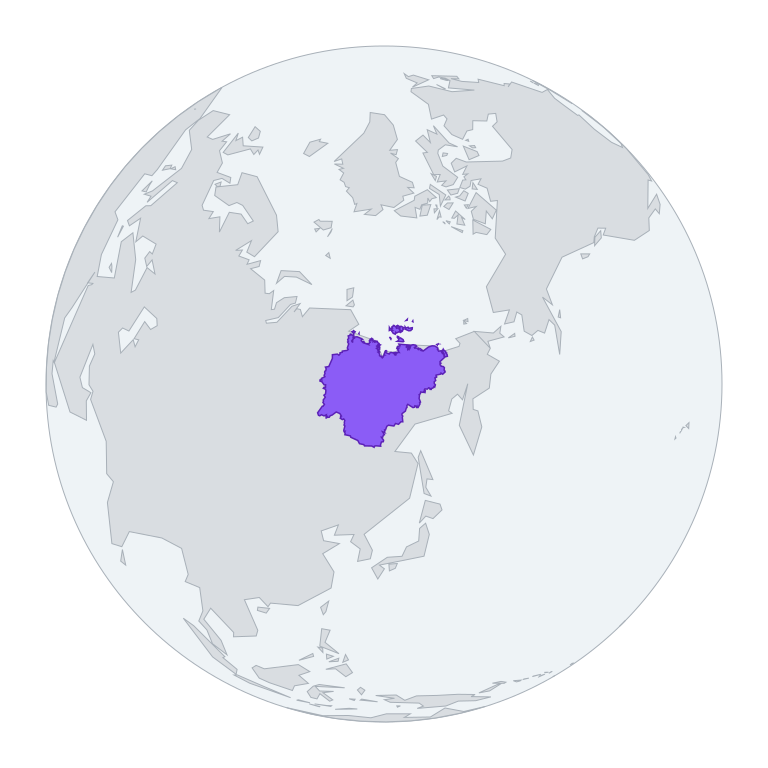 the Earth from above Sakha (Yakutia)
{"feature_id": "RUS-2612", "entity_name": "Sakha (Yakutia)", "entity_type": "Autonomous Province", "adm_level": 1, "iso_a3": "RUS", "parent_name": "Russia", "parent_adm1": "", "projection": "orthographic", "projection_center": [131.922, 66.295], "detail": "fine", "context": "on_globe", "style": "filled", "palette": "violet", "viewbox_px": 768, "rotation_deg": 0, "n_neighbors": 0, "source": "natural_earth", "source_scale": "10m", "svg_char_len": 18314}
<svg xmlns="http://www.w3.org/2000/svg" viewBox="0 0 768 768"><circle cx="384" cy="384" r="338" fill="#eef3f6" stroke="#a8b0b8"/><path d="M625.3,620.6L625.6,620.2L625.5,620.4L625.3,620.6ZM626.4,148.6L648.2,174.6L651.6,181.0L648.1,180.0L647.8,208.4L656.6,194.2L660.1,204.4L659.3,213.7L655.3,208.9L648.8,217.9L649.3,230.5L634.4,240.3L603.2,235.0L605.7,228.2L597.9,228.1L594.3,236.8L593.8,242.6L562.0,257.2L546.4,289.0L552.4,304.8L542.5,297.1L561.2,331.6L559.7,354.5L554.7,325.1L549.0,319.6L544.6,333.1L537.9,330.4L531.9,335.5L524.2,331.2L521.8,314.9L516.8,312.0L514.0,321.8L504.5,324.0L509.4,309.9L493.3,312.5L486.4,286.7L505.6,254.2L495.2,238.1L497.4,200.5L490.6,201.3L487.1,188.2L478.0,184.3L481.0,178.8L471.1,180.5L470.0,186.3L465.3,189.1L459.8,187.5L462.7,180.1L465.9,179.8L463.9,176.8L467.7,173.9L462.7,174.4L466.9,165.9L454.7,171.9L451.2,163.2L456.2,158.3L466.2,162.0L502.5,161.1L510.7,158.0L512.1,149.5L492.5,126.3L497.1,121.8L495.7,113.4L488.3,114.1L486.8,121.0L472.8,120.7L472.7,129.6L466.9,131.0L462.6,139.3L451.9,134.6L444.0,125.8L447.0,118.9L443.6,115.0L431.5,119.1L428.4,104.3L411.0,91.7L411.4,88.5L428.8,86.0L452.0,91.7L474.4,90.1L448.4,87.9L450.0,80.6L445.4,78.2L438.7,77.0L433.6,78.6L431.8,75.7L456.8,76.3L458.9,78.9L450.9,78.6L461.8,81.4L478.7,82.5L478.1,79.2L504.2,85.7L504.1,83.5L509.8,84.0L508.1,86.9L511.6,82.0L542.1,92.4L547.4,89.5L554.6,98.3L564.7,105.9L577.7,115.4L578.9,114.9L594.3,129.2L611.5,142.3L622.5,147.5L621.0,143.5L603.4,127.1L595.9,121.3L581.7,110.4L589.7,115.9L608.7,131.6L626.4,148.6ZM688.7,428.5L685.9,425.6L689.0,422.6L688.7,428.5ZM683.1,427.1L684.3,427.4L683.1,427.8L683.1,427.1ZM681.5,429.6L682.7,427.8L681.6,430.3L681.5,429.6ZM679.7,433.4L680.6,431.2L680.6,431.6L679.7,433.4ZM540.2,84.3L544.1,86.5L557.1,94.2L572.2,103.7L551.2,90.8L532.2,80.3L540.2,84.3ZM676.0,438.1L674.9,439.1L675.5,436.6L676.0,438.1ZM533.9,83.0L538.9,85.8L533.7,83.0L533.9,83.0ZM594.6,245.7L594.9,237.3L600.7,230.7L601.3,237.9L594.6,245.7ZM582.6,258.9L580.8,253.9L589.7,253.9L588.0,256.7L582.6,258.9ZM558.2,317.0L559.7,309.6L560.6,317.8L558.2,317.0ZM532.4,337.0L534.1,340.1L530.3,341.5L532.4,337.0ZM468.7,141.3L465.7,140.3L468.1,139.2L468.7,141.3ZM469.6,145.9L474.5,145.5L475.7,147.7L472.6,147.9L469.6,145.9ZM515.0,336.3L508.3,337.9L514.7,333.4L515.0,336.3ZM463.3,146.1L477.1,151.6L479.0,155.5L469.1,159.7L463.3,146.1ZM504.1,336.9L487.9,341.3L490.3,348.3L474.3,331.4L493.4,333.0L500.9,326.3L499.8,333.2L504.1,336.9ZM472.1,188.9L472.9,182.6L477.3,189.4L472.1,188.9ZM476.1,192.6L496.3,210.1L492.3,218.8L486.3,211.0L485.3,223.8L473.4,219.3L471.3,211.3L476.2,206.5L467.9,208.5L476.1,192.6ZM468.0,321.6L463.7,320.4L467.7,318.5L468.0,321.6ZM463.8,190.7L468.2,193.4L465.1,201.0L455.6,197.1L459.7,195.9L463.8,190.7ZM490.8,229.4L486.8,234.6L476.1,232.4L473.1,234.2L472.8,220.0L490.8,229.4ZM457.6,193.3L450.9,195.0L447.4,190.0L459.3,188.7L457.6,193.3ZM468.3,204.7L466.3,208.2L464.3,205.0L468.3,204.7ZM431.1,173.7L436.5,176.4L435.3,180.6L431.1,173.7ZM448.7,196.0L449.9,197.7L450.1,199.8L445.0,199.9L448.7,196.0ZM465.2,219.5L461.6,217.6L464.8,225.2L456.9,224.0L458.1,214.9L454.3,218.3L451.8,218.0L455.6,211.0L465.2,219.5ZM440.4,206.1L439.2,194.5L429.5,188.4L430.3,184.4L445.8,195.0L440.4,206.1ZM449.0,209.5L443.8,206.5L447.4,203.0L453.1,202.9L449.0,209.5ZM451.1,226.6L462.9,230.7L462.2,232.6L451.1,226.6ZM436.8,205.0L437.2,207.9L435.7,205.0L436.8,205.0ZM445.9,220.7L450.2,221.8L449.3,223.9L445.9,220.7ZM434.4,212.8L434.0,208.9L437.9,208.7L434.4,212.8ZM439.1,216.9L436.9,219.6L439.5,210.9L441.1,217.1L439.1,216.9ZM444.4,222.5L445.3,224.1L442.7,221.7L444.4,222.5ZM419.9,216.1L422.3,205.2L430.8,204.6L427.3,215.2L419.9,216.1ZM219.1,89.0L222.0,87.5L200.0,118.5L185.6,129.8L157.2,169.7L151.9,175.7L144.7,173.8L115.0,211.8L117.9,219.8L101.4,254.5L97.2,276.5L114.3,278.0L121.3,241.7L132.9,232.8L135.7,259.5L131.1,292.4L135.4,290.1L147.1,267.6L155.0,274.0L152.1,259.9L146.7,266.5L144.8,258.1L149.7,251.6L152.3,254.0L156.1,244.1L142.8,236.0L135.8,241.8L140.6,218.2L129.4,225.8L127.5,220.5L145.8,205.8L150.8,205.7L177.3,182.7L172.4,180.6L147.1,202.3L151.0,196.2L144.3,194.2L152.5,190.9L181.5,168.4L191.7,149.5L189.3,130.3L198.5,120.2L213.2,110.6L229.6,114.7L207.2,137.0L212.7,139.4L230.5,133.8L222.1,141.2L226.6,141.8L219.5,150.7L222.4,163.0L217.1,172.4L230.8,177.5L229.9,183.2L222.0,178.4L213.7,180.5L202.1,205.3L203.5,210.2L213.3,211.6L208.9,218.6L219.9,216.8L219.4,232.1L229.3,212.3L241.1,214.1L247.7,223.7L253.3,221.0L242.7,205.4L236.9,202.5L229.0,205.6L214.7,195.5L216.0,187.0L237.7,184.7L242.0,172.7L257.1,176.7L276.5,215.2L278.1,231.7L254.5,256.7L246.8,252.1L251.5,240.6L235.6,250.4L242.4,250.0L238.8,256.0L249.1,259.8L247.0,264.3L260.6,260.6L259.1,266.5L250.6,268.7L264.7,280.1L265.1,293.2L269.3,293.7L273.7,290.5L271.3,309.6L274.5,309.2L276.5,302.7L284.3,297.7L297.0,296.5L295.4,303.1L290.6,304.4L278.3,317.6L265.7,320.5L266.4,323.2L276.9,322.3L292.0,306.2L300.1,303.6L294.0,312.0L296.8,308.7L300.4,309.5L302.4,316.7L309.6,308.0L350.7,309.7L358.8,324.3L348.7,331.2L375.8,340.9L382.8,357.5L384.6,351.4L398.8,352.5L396.8,347.2L398.8,344.4L434.4,346.0L441.6,351.8L459.0,346.4L460.0,343.4L455.7,338.7L474.3,331.4L490.3,348.3L487.3,354.3L499.4,361.2L490.9,374.0L489.3,388.1L472.9,398.8L473.2,409.4L477.9,410.9L481.8,426.9L473.4,455.0L459.3,425.3L467.8,383.7L462.5,399.8L457.5,394.2L451.8,399.0L448.6,410.8L452.1,413.3L415.0,424.1L394.9,451.5L411.4,453.1L418.0,463.5L409.6,498.2L364.1,534.3L372.4,550.2L370.3,558.8L357.6,561.4L360.2,548.9L350.6,541.7L354.0,534.5L334.4,535.2L338.4,524.9L321.2,530.9L323.6,540.7L339.4,543.6L322.7,553.7L334.0,571.9L331.1,588.0L298.0,605.6L270.5,603.1L268.0,606.7L259.3,597.5L244.4,599.7L257.8,630.3L256.2,636.0L233.5,636.8L233.7,632.5L210.7,608.2L203.8,619.2L221.1,640.4L227.0,654.8L212.5,643.7L206.9,629.9L198.8,621.0L202.9,610.9L199.7,587.6L185.2,581.6L188.2,574.4L181.6,548.4L161.9,538.0L129.3,531.6L121.8,546.7L111.9,543.6L107.4,502.5L113.4,481.7L106.7,473.7L106.2,441.3L90.6,399.4L93.0,391.3L89.0,384.8L89.4,366.1L94.8,353.9L92.9,344.4L79.9,377.2L82.4,387.6L90.9,392.7L86.3,400.9L86.5,420.3L70.0,412.0L54.4,362.5L60.5,348.6L88.2,285.5L91.6,284.7L92.1,284.3L92.9,283.4L87.6,282.8L94.9,272.1L71.9,307.8L64.7,317.9L54.0,362.2L53.2,360.6L52.0,373.7L57.7,404.0L56.1,407.1L48.7,405.3L46.2,392.0L46.5,367.6L48.5,343.3L52.4,319.1L57.9,295.3L65.2,272.0L74.1,249.2L84.7,227.2L96.8,206.0L110.4,185.7L125.4,166.4L141.8,148.3L159.5,131.4L178.3,115.9L198.2,101.7L219.1,89.0ZM196.1,109.0L194.0,109.2L196.1,109.0ZM118.4,332.2L120.7,353.1L133.2,339.7L135.1,346.8L138.7,339.8L134.1,338.7L144.7,321.6L150.6,329.5L157.2,325.7L156.8,318.5L144.3,306.9L128.9,331.0L122.6,328.0L118.4,332.2ZM539.2,84.6L535.4,82.6L537.3,83.3L539.2,84.6ZM530.1,81.0L531.8,81.8L533.2,82.9L530.1,81.0ZM448.5,80.6L446.4,80.4L440.1,78.6L444.0,78.4L448.5,80.6ZM406.3,78.3L404.2,73.6L408.4,76.6L413.4,75.1L428.6,79.8L412.4,87.2L417.1,82.9L406.3,78.3ZM444.3,88.7L436.5,84.5L445.6,88.9L444.3,88.7ZM258.5,138.0L251.8,140.9L248.3,137.5L255.1,126.7L260.3,131.3L258.5,138.0ZM243.2,145.8L262.9,147.1L259.5,154.3L258.0,150.0L253.8,154.5L250.4,148.9L227.8,154.9L223.2,152.4L238.3,133.1L235.9,140.6L242.6,137.2L243.2,145.8ZM319.3,141.6L327.8,143.3L309.4,156.5L303.6,153.5L309.9,142.2L320.6,139.2L319.3,141.6ZM443.1,152.9L447.6,153.5L446.8,155.4L442.3,156.5L443.1,152.9ZM433.7,174.6L422.9,153.0L427.4,152.4L415.6,141.0L423.0,135.1L430.4,142.6L427.2,129.7L436.9,134.1L433.4,125.7L449.1,143.0L457.6,146.8L445.3,144.8L438.3,150.0L437.8,153.4L442.8,166.1L457.7,177.3L453.2,184.6L446.0,186.9L441.7,185.3L446.0,180.9L437.2,182.0L440.2,174.5L433.7,174.6ZM364.4,214.4L371.2,209.1L354.0,211.8L356.9,203.5L354.7,204.4L352.7,197.7L346.4,191.1L349.3,187.7L345.6,186.6L344.1,182.3L340.1,179.8L343.7,173.0L339.0,169.4L343.5,168.3L334.4,164.0L342.8,164.2L341.7,158.9L334.1,161.5L363.8,133.2L369.8,121.9L370.2,112.5L384.5,114.7L393.3,125.1L397.4,139.5L389.7,150.3L397.5,149.6L396.1,154.7L390.5,153.1L398.4,158.6L395.7,162.4L399.4,176.4L412.4,182.3L414.1,187.8L407.7,187.4L413.8,193.1L402.8,196.2L403.8,200.2L393.9,207.5L381.0,204.8L383.0,209.6L375.6,215.6L364.4,214.4ZM416.8,217.9L400.7,216.0L394.3,210.7L414.2,200.3L414.8,196.2L427.4,189.7L436.3,197.6L431.9,198.7L429.7,201.6L427.8,198.0L427.7,203.1L421.6,204.8L419.9,209.3L415.1,207.4L416.8,217.9ZM152.3,180.8L149.4,185.2L146.2,191.9L142.0,190.9L152.3,180.8ZM171.8,165.1L170.1,168.7L162.5,170.2L165.5,165.8L171.8,165.1ZM175.7,169.7L170.6,168.8L175.1,166.7L175.7,169.7ZM221.1,182.0L220.1,186.1L217.4,186.6L215.0,184.3L221.1,182.0ZM314.0,222.1L318.9,219.5L320.2,221.2L332.2,221.3L331.1,227.7L323.3,230.0L314.0,222.1ZM111.7,272.6L109.1,267.3L111.5,263.4L111.9,266.0L111.7,272.6ZM123.4,226.2L117.6,237.2L122.3,225.8L123.4,226.2ZM314.7,229.0L319.8,228.3L316.1,231.9L314.7,229.0ZM330.8,232.3L327.5,236.8L332.3,228.5L330.8,232.3ZM309.3,703.9L319.7,706.5L319.4,706.8L309.3,703.9ZM298.4,699.8L310.0,702.8L296.6,700.2L298.4,699.8ZM314.6,703.9L326.5,705.5L331.6,705.7L330.8,706.4L314.6,703.9ZM290.6,697.7L249.7,683.2L234.0,675.0L237.3,674.9L262.8,686.0L290.6,697.7ZM236.1,674.3L212.6,656.9L183.3,618.2L193.7,625.7L224.9,656.7L222.9,657.6L237.1,669.4L236.1,674.3ZM294.5,685.8L292.4,690.5L269.4,682.7L259.2,678.1L252.1,667.9L256.1,665.4L264.3,668.8L298.4,664.6L309.8,671.6L298.9,675.3L308.4,683.4L294.5,685.8ZM122.4,549.5L125.7,565.1L120.7,561.1L122.4,549.5ZM313.6,656.4L298.9,660.3L312.8,653.5L313.6,656.4ZM322.7,648.1L322.9,652.5L317.9,647.1L322.7,648.1ZM266.2,613.1L257.4,610.4L257.9,607.1L269.6,608.4L266.2,613.1ZM328.7,601.1L325.9,611.6L323.3,614.7L320.6,607.3L328.7,601.1ZM311.9,284.6L296.4,277.1L284.5,276.4L276.5,283.3L281.1,270.6L299.5,271.6L311.9,284.6ZM346.0,305.8L352.9,300.1L354.4,304.9L353.1,306.9L346.0,305.8ZM347.0,300.7L347.0,289.4L353.8,287.8L352.5,297.0L347.0,300.7ZM330.2,258.3L325.7,255.5L328.8,252.6L330.2,258.3ZM286.8,707.6L286.5,707.6L322.9,715.7L348.4,715.5L370.9,717.8L386.5,713.8L410.4,713.8L404.4,717.4L430.4,717.0L445.0,708.0L463.8,711.5L484.7,706.6L485.0,706.5L460.7,713.1L436.0,717.9L411.1,720.8L386.0,721.9L360.8,721.1L335.8,718.5L311.1,714.0L286.8,707.6ZM553.4,676.4L552.7,676.8L554.9,675.5L553.4,676.4ZM621.6,624.3L619.5,626.3L625.6,620.2L625.3,620.6L621.6,624.3ZM571.8,664.1L574.1,662.8L572.5,663.9L571.8,664.1ZM570.0,665.1L572.1,663.3L572.2,663.8L570.0,665.1ZM548.8,673.3L551.1,671.7L552.3,671.4L548.8,673.3ZM335.1,709.3L349.2,708.3L357.3,709.0L335.1,709.3ZM545.0,674.1L539.0,676.8L539.5,676.0L545.0,674.1ZM545.2,672.7L544.4,672.3L548.5,672.2L545.2,672.7ZM533.2,676.1L540.9,674.3L532.4,676.6L533.2,676.1ZM528.9,678.1L523.5,679.4L523.8,679.0L528.9,678.1ZM471.1,696.6L490.9,696.9L475.6,700.7L458.3,701.1L445.9,706.0L417.2,708.4L423.4,706.1L419.2,703.1L390.2,702.3L384.4,699.7L394.5,698.3L375.7,695.5L396.2,695.0L404.8,700.3L416.5,695.9L437.3,695.4L457.9,694.3L475.1,694.5L471.1,696.6ZM396.8,705.9L400.4,705.9L397.4,707.2L396.8,705.9ZM513.3,680.7L521.1,680.1L520.2,680.9L516.5,681.9L513.3,680.7ZM478.9,692.9L497.1,684.6L501.5,683.4L489.6,690.9L478.9,692.9ZM492.4,683.2L501.1,681.4L505.9,682.2L504.2,683.3L492.4,683.2ZM355.1,699.2L354.3,700.5L349.1,698.8L355.1,699.2ZM361.7,699.1L377.6,701.8L360.3,700.1L361.7,699.1ZM315.3,686.4L319.6,691.0L333.6,691.4L323.0,692.7L332.8,699.9L329.7,701.2L319.9,693.7L317.0,698.9L310.9,697.4L307.2,691.6L313.2,686.2L319.3,684.5L344.7,687.8L315.3,686.4ZM361.5,694.8L357.4,690.0L360.5,687.3L364.9,690.2L361.5,694.8ZM345.8,676.7L335.6,668.8L325.8,669.3L346.2,663.9L352.5,672.6L345.8,676.7ZM338.1,661.3L328.8,661.8L338.8,658.2L338.1,661.3ZM326.8,659.1L326.4,654.1L333.3,656.3L326.8,659.1ZM342.8,662.3L345.5,654.5L348.5,659.9L342.8,662.3ZM325.0,642.3L339.0,653.7L319.8,646.1L321.7,628.7L330.1,630.2L325.0,642.3ZM389.4,570.9L388.9,564.2L397.3,563.5L395.3,568.3L389.4,570.9ZM424.0,556.2L399.3,561.2L379.4,565.1L384.4,568.8L377.8,579.0L371.6,567.8L387.3,557.3L402.0,556.3L406.5,546.9L418.7,541.0L419.6,528.4L425.6,523.2L429.3,534.4L424.0,556.2ZM419.3,523.1L425.3,500.4L440.0,504.1L442.0,509.9L433.0,518.6L425.8,516.1L419.3,523.1ZM431.0,496.1L424.1,493.5L418.2,457.3L420.7,450.7L432.9,479.6L427.0,478.9L425.8,487.3L431.0,496.1ZM463.8,324.1L463.7,320.7L466.6,323.6L463.8,324.1ZM397.4,341.5L400.5,338.2L403.8,341.5L397.4,341.5ZM411.1,330.8L405.2,329.4L412.0,328.1L411.1,330.8ZM392.0,327.0L403.2,327.6L391.6,331.0L392.0,327.0Z" fill="#d9dde1" stroke="#a8b0b8" stroke-width="1"/><path d="M350.9,334.0L352.3,335.4L353.3,335.2L353.5,334.0L353.8,334.7L353.8,336.5L353.0,337.2L353.4,338.0L353.0,339.3L351.8,340.7L351.8,341.3L352.0,341.7L353.1,342.4L351.9,340.7L352.8,340.1L353.3,338.5L354.3,338.2L353.6,337.1L357.1,336.8L361.8,338.7L362.5,339.4L361.6,339.3L361.2,340.7L363.1,342.7L368.1,344.4L367.4,343.6L369.2,343.6L369.5,342.5L370.0,342.4L369.4,341.1L369.8,341.0L369.6,340.3L370.2,339.4L370.9,340.0L370.8,339.2L372.8,339.8L372.8,340.7L373.5,340.9L373.3,341.6L374.6,340.9L374.7,341.4L374.3,341.9L374.7,341.7L374.9,342.8L375.0,341.9L375.6,341.7L375.5,341.1L377.4,341.6L377.3,342.3L379.0,343.4L378.6,344.0L379.8,344.6L377.7,344.9L377.4,345.6L379.5,346.2L379.2,346.5L378.0,346.0L376.9,346.3L378.1,347.4L379.3,347.6L379.8,349.0L378.6,349.9L376.4,347.6L376.7,348.2L376.5,348.3L377.4,349.0L378.5,351.8L379.0,351.4L378.8,350.2L379.6,352.0L378.2,352.3L379.0,352.9L379.9,355.3L379.6,355.7L381.5,357.0L381.8,356.4L382.3,357.8L383.3,356.9L383.9,355.1L384.5,355.0L384.0,354.7L385.5,350.7L386.1,350.6L386.6,351.0L385.5,351.5L386.3,352.9L389.3,354.0L389.2,354.4L389.2,354.6L389.4,354.0L389.2,353.7L389.4,353.3L390.9,352.4L393.1,352.9L394.9,354.1L394.6,354.5L395.2,355.1L395.7,354.9L395.0,354.4L396.1,353.8L395.1,353.5L395.5,352.3L399.2,352.5L398.4,351.4L398.4,350.3L397.5,349.9L398.9,348.2L396.9,348.3L397.5,346.7L400.1,345.8L399.0,344.1L410.4,345.2L407.0,345.4L406.5,346.8L405.7,346.7L406.4,347.1L407.4,346.4L410.6,345.4L409.5,348.4L409.3,347.4L409.8,346.7L409.2,347.1L408.9,346.3L408.4,346.3L409.2,348.0L407.6,348.1L408.2,348.7L407.7,349.3L407.8,349.8L409.8,348.7L411.0,345.2L413.1,344.7L415.7,345.2L416.7,346.2L414.7,347.3L415.1,347.5L414.9,348.1L418.5,348.2L417.9,350.1L418.6,348.8L418.7,349.4L420.2,348.6L422.0,350.0L421.2,350.5L423.2,351.0L428.5,347.0L432.2,345.8L434.9,346.0L437.8,348.0L437.5,349.3L438.0,349.3L438.1,350.5L438.6,351.2L441.0,350.8L442.5,353.6L443.7,353.8L444.1,356.1L443.7,356.7L444.3,356.3L444.1,353.9L442.6,351.7L443.3,349.2L444.2,350.6L445.6,351.4L445.7,352.6L446.6,353.0L446.3,353.6L447.1,354.5L447.4,356.3L445.2,356.8L440.0,361.6L440.1,362.8L440.9,363.2L440.0,363.9L440.1,364.9L440.8,365.3L441.1,366.2L443.4,366.6L444.4,367.7L444.1,370.1L444.7,370.5L444.7,371.2L445.2,371.9L442.7,374.2L441.0,373.1L440.7,374.1L436.1,375.1L436.0,376.0L436.6,376.5L436.6,377.2L434.9,377.9L435.7,380.5L434.2,381.8L434.3,383.6L435.4,384.8L434.7,387.1L434.0,386.5L432.9,388.1L431.0,388.5L431.2,389.4L430.1,389.4L429.4,388.0L428.6,387.8L427.4,389.1L424.9,388.9L424.4,389.8L425.3,390.7L425.0,392.6L424.0,392.3L423.8,391.5L423.1,392.4L420.7,392.0L420.4,393.7L419.1,394.7L419.5,395.6L419.1,398.5L420.5,402.1L419.6,402.7L420.0,403.9L418.1,407.5L417.3,407.5L417.0,406.2L416.4,407.0L416.1,406.2L414.9,405.8L414.5,407.2L413.0,407.6L407.8,404.3L406.9,405.5L407.0,407.5L406.3,408.0L405.4,411.1L402.1,413.6L401.9,414.9L402.8,416.1L402.3,417.2L402.8,421.8L400.9,421.8L398.5,424.3L395.5,423.5L393.9,426.0L388.5,425.2L386.8,426.3L385.5,429.9L384.6,429.9L384.8,431.3L384.3,432.1L384.6,432.5L382.6,431.8L384.4,434.7L383.3,435.3L382.7,437.1L381.4,437.2L383.6,440.2L383.3,441.7L381.4,442.0L380.5,444.9L380.7,446.2L375.9,445.8L374.4,446.2L374.1,447.3L371.7,446.0L364.5,445.9L363.8,444.6L359.5,443.7L357.8,440.5L350.8,437.3L350.4,435.9L344.9,434.7L345.2,433.8L344.6,432.1L345.0,431.3L344.0,431.5L343.8,430.2L344.9,426.0L344.0,425.0L344.5,423.9L344.3,422.3L344.8,420.4L343.7,418.9L342.3,419.6L340.2,418.2L340.9,417.1L340.6,416.3L341.4,416.0L339.8,413.5L336.2,412.0L332.1,415.1L330.2,415.7L329.3,417.2L326.4,417.5L325.9,418.6L326.2,417.1L327.0,416.2L326.0,416.0L326.3,414.8L324.0,415.9L321.4,414.7L319.8,415.8L318.5,415.3L317.6,412.8L322.3,406.2L323.0,406.3L324.4,404.4L322.9,402.4L323.5,401.3L323.2,400.0L325.3,397.2L323.9,395.2L325.5,393.9L325.9,390.7L325.5,389.3L323.3,388.3L324.2,387.2L325.5,387.4L325.6,384.8L324.2,384.9L321.9,381.8L319.9,381.0L320.1,380.0L320.5,380.2L321.2,379.0L321.7,379.5L321.6,378.3L324.9,376.7L324.1,375.3L325.0,373.5L324.6,372.1L325.0,371.1L325.7,370.8L326.2,368.9L325.4,367.1L328.8,366.5L332.4,358.4L332.4,354.7L337.4,354.1L338.9,355.2L340.0,354.0L340.0,352.8L342.2,352.3L342.3,351.1L347.0,350.4L348.2,349.5L347.3,348.0L348.7,343.9L347.6,342.0L348.2,341.5L347.7,339.5L348.7,338.2L348.2,335.9L350.0,335.4L350.1,334.3L350.9,334.0ZM403.6,327.6L402.8,328.4L402.9,329.0L403.4,329.2L402.3,330.9L400.5,330.6L399.7,329.3L400.0,327.3L399.1,327.4L398.7,328.0L399.8,330.3L401.9,331.5L400.3,332.5L399.1,331.7L396.5,333.0L395.8,332.2L395.2,334.2L393.2,333.3L391.4,330.5L392.2,330.3L391.7,330.1L391.9,329.0L391.5,328.3L392.4,328.1L391.9,327.0L393.2,326.2L393.3,325.5L394.0,325.1L393.8,325.2L396.4,327.4L396.5,328.3L397.3,328.1L396.9,327.6L396.9,325.8L397.8,325.9L397.2,325.0L399.2,326.5L401.2,326.3L403.6,327.6ZM408.8,328.3L412.3,327.7L412.2,329.2L410.4,330.6L408.8,330.8L405.0,329.1L405.1,326.9L405.9,328.1L408.1,327.2L408.8,328.3ZM403.1,339.6L403.7,341.4L403.1,341.8L397.2,341.3L398.3,340.7L399.0,338.3L400.5,337.9L403.1,339.6ZM355.2,331.8L353.6,333.5L352.1,331.6L352.9,331.5L353.5,330.6L355.2,331.8ZM398.7,336.7L398.8,337.6L398.0,338.2L397.3,337.4L397.4,336.3L398.7,336.7ZM390.2,329.1L390.0,330.2L389.3,330.5L389.4,327.6L390.2,329.1ZM377.7,345.5L378.9,344.8L379.6,345.6L379.3,345.8L377.7,345.5ZM442.8,352.5L444.0,353.9L443.9,354.3L443.7,353.6L442.9,353.5L441.8,351.6L442.1,350.9L442.8,352.5ZM391.1,338.7L390.9,339.2L389.5,337.0L390.6,337.9L391.1,338.7ZM395.2,352.5L394.8,353.3L393.5,352.9L393.9,352.5L395.2,352.5ZM407.3,319.3L407.2,320.2L406.2,320.4L407.3,319.3ZM378.3,346.3L378.8,346.8L377.3,346.5L378.3,346.3ZM364.2,342.1L363.2,342.3L363.1,341.7L363.8,341.6L364.2,342.1ZM442.0,350.3L442.8,351.1L442.4,351.6L442.0,350.3ZM437.2,344.3L437.2,345.0L436.7,344.5L437.2,344.3ZM412.8,321.0L412.9,321.7L412.5,321.5L412.8,321.0ZM371.7,338.3L372.1,338.6L371.5,338.6L371.7,338.3ZM442.3,350.1L442.9,350.4L442.4,350.2L442.3,350.1ZM376.4,341.2L376.9,341.1L377.5,341.5L377.1,341.4L376.4,341.2ZM359.0,333.3L359.0,333.8L358.8,333.6L359.0,333.3ZM438.8,344.0L439.3,344.3L438.8,344.2L438.8,344.0ZM440.7,344.2L440.9,344.1L440.5,344.3L440.7,344.2Z" fill="#8b5cf6" stroke="#5b21b6" stroke-width="1.5"/></svg>